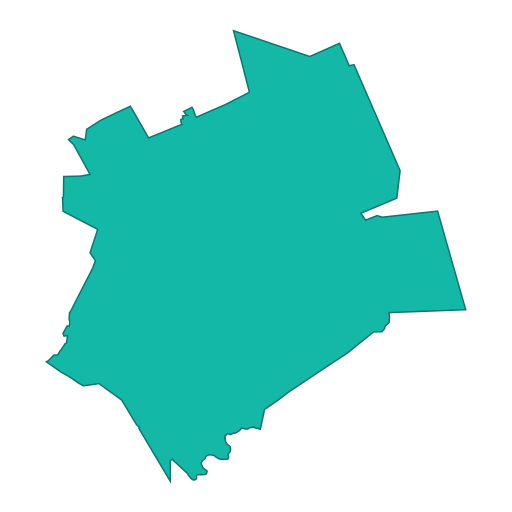 Rayón, Sonora, Mexico (Robinson projection)
{"feature_id": "50627088B16276532875787", "entity_name": "Rayón", "entity_type": "district", "adm_level": 2, "iso_a3": "MEX", "parent_name": "Mexico", "parent_adm1": "Sonora", "projection": "robinson", "projection_center": [-110.577, 29.75], "detail": "fine", "context": "isolated", "style": "filled", "palette": "teal", "viewbox_px": 512, "rotation_deg": 0, "n_neighbors": 0, "source": "geoboundaries", "source_scale": "gbopen_adm2", "svg_char_len": 3945}
<svg xmlns="http://www.w3.org/2000/svg" viewBox="0 0 512 512"><path d="M339.5,43.3L309.7,56.5L275.8,45.0L233.5,30.7L243.2,68.0L249.4,92.3L225.2,104.6L224.8,104.8L196.3,117.2L196.2,117.2L195.3,115.6L194.6,113.4L192.9,108.7L192.0,107.3L183.6,111.5L183.8,111.7L184.4,112.0L185.2,113.7L187.3,115.3L184.4,115.7L183.9,115.8L182.6,115.9L182.8,116.5L182.7,117.5L183.1,118.7L180.7,119.5L181.0,122.3L182.0,124.6L178.9,125.5L148.6,137.9L130.4,106.2L115.6,113.1L100.5,120.4L86.7,129.3L85.2,139.9L73.3,136.2L68.5,139.6L73.7,144.7L90.0,174.4L82.9,175.7L80.7,176.1L63.7,176.5L63.4,197.6L62.5,197.6L63.1,211.3L71.3,215.6L97.7,229.4L90.0,252.8L95.4,260.5L92.9,267.6L90.9,271.6L79.7,293.4L72.6,307.4L70.8,311.0L69.5,312.8L69.1,319.3L69.9,322.4L69.1,326.2L67.1,326.0L63.0,333.3L64.0,336.1L67.6,335.7L66.4,342.9L65.8,343.3L65.4,343.6L64.7,344.1L64.3,345.0L63.9,345.7L63.2,346.6L62.5,347.5L61.6,349.1L61.0,350.0L60.4,350.3L60.1,350.8L59.9,351.4L59.3,352.3L57.7,355.0L54.0,355.0L47.8,361.2L47.1,361.4L46.7,361.4L46.3,361.8L60.9,372.0L69.2,376.7L78.9,383.3L83.4,385.8L99.0,383.6L121.7,400.1L136.6,424.8L139.6,427.5L138.9,428.5L170.3,481.3L170.3,477.2L170.3,476.5L170.2,460.9L172.0,459.2L187.8,473.8L188.1,474.9L188.6,475.6L189.6,476.6L190.5,478.0L191.2,478.5L191.9,479.2L192.6,479.7L193.2,479.9L193.5,479.9L193.8,479.9L194.1,479.9L194.5,479.9L194.9,479.8L195.3,479.7L195.5,479.7L196.2,478.9L196.6,477.6L196.5,476.4L196.5,476.0L196.6,475.5L196.7,475.3L196.9,475.1L197.4,474.8L197.6,474.7L198.1,474.7L199.7,474.7L200.9,474.7L202.5,474.7L203.8,474.6L204.8,474.5L205.7,474.3L206.3,473.7L206.6,473.1L206.8,472.5L207.0,471.9L207.1,471.2L206.6,470.4L206.2,470.3L205.5,469.8L204.1,468.8L203.7,468.4L203.1,467.8L202.5,466.8L202.2,466.0L201.7,465.0L201.2,463.1L202.1,461.2L202.7,460.5L203.9,459.5L204.0,459.5L205.3,458.4L205.5,457.5L205.6,457.4L205.5,457.2L206.0,456.4L207.1,455.6L208.3,455.1L209.3,454.9L210.6,454.8L211.5,455.0L213.8,455.4L214.3,455.6L215.1,456.3L215.9,457.1L216.8,457.6L218.0,458.2L218.8,458.9L219.7,459.0L220.4,459.1L221.3,459.3L222.5,459.4L224.0,459.3L225.5,459.3L226.7,459.2L227.5,459.1L228.2,458.7L228.4,458.2L228.6,457.6L228.6,456.8L228.5,456.1L228.3,455.1L228.4,454.1L228.8,453.4L229.4,452.6L230.1,451.6L230.3,450.9L230.5,450.1L230.5,449.1L230.5,448.3L230.4,447.4L230.2,446.8L229.5,446.0L228.1,445.0L226.8,443.9L226.6,443.0L226.1,442.5L225.8,442.1L225.5,441.3L225.4,440.5L225.4,439.5L225.2,439.1L225.2,438.5L225.1,438.3L224.8,438.2L224.9,437.9L225.1,437.2L225.4,436.1L225.2,436.0L225.6,435.7L226.6,434.3L227.2,434.1L227.3,434.0L227.7,433.9L228.1,433.9L228.6,433.9L230.3,434.5L230.5,434.5L231.0,434.0L231.7,434.1L232.0,434.0L232.3,433.7L233.0,433.1L233.4,433.1L234.2,433.2L235.2,433.1L236.7,432.4L238.0,431.4L238.9,431.0L239.8,430.3L240.7,429.3L241.0,428.6L241.2,428.3L241.5,428.1L242.3,428.1L242.6,428.2L243.1,428.3L243.8,428.5L244.2,428.7L244.4,428.8L244.6,428.9L244.8,429.0L245.1,429.1L245.3,429.1L245.7,429.1L245.9,429.0L246.2,429.0L246.6,429.0L247.0,429.0L247.3,428.9L247.6,428.9L247.8,429.0L247.9,428.9L248.0,428.7L248.3,428.5L248.5,428.4L248.8,428.2L249.3,428.0L249.7,427.8L250.0,427.7L250.4,427.7L250.8,427.6L251.3,427.5L251.7,427.5L252.1,427.4L252.4,427.4L252.5,427.4L252.6,427.5L252.9,427.5L253.0,427.5L253.1,427.3L253.2,427.0L253.2,426.9L253.3,426.7L253.5,426.7L253.8,426.8L254.0,426.9L254.1,427.1L254.3,427.3L254.7,427.5L255.5,428.0L256.0,428.2L256.4,428.3L256.6,428.2L256.8,428.3L257.0,428.2L257.4,428.1L257.6,428.1L257.8,428.1L258.0,428.1L258.5,428.4L258.7,428.7L259.0,428.9L259.2,429.0L259.5,429.2L259.8,429.3L260.1,429.4L260.3,429.4L264.6,409.4L278.0,400.2L288.1,392.4L331.7,363.3L343.1,355.9L347.7,352.8L373.6,331.9L382.0,331.7L384.6,328.6L385.0,326.3L389.1,322.5L389.5,316.7L389.3,315.3L389.0,314.0L389.0,312.6L465.7,309.7L451.3,259.2L437.6,211.1L382.3,217.2L377.1,215.6L365.6,220.1L360.8,213.3L396.8,198.1L400.1,170.7L384.2,134.1L382.6,130.4L354.0,64.7L349.2,65.7L339.5,43.3Z" fill="#14b8a6" stroke="#0f766e" stroke-width="1.5"/></svg>